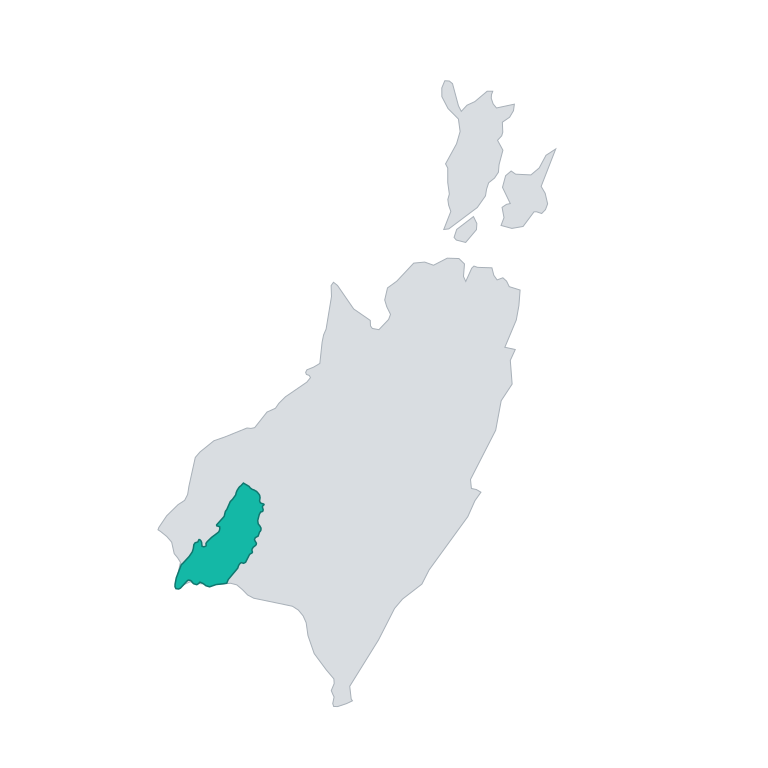 Estonia, with Põlva highlighted, rotated 117°
{"feature_id": "EST-2347", "entity_name": "Põlva", "entity_type": "County", "adm_level": 1, "iso_a3": "EST", "parent_name": "Estonia", "parent_adm1": "", "projection": "robinson", "projection_center": [27.097, 58.038], "detail": "fine", "context": "in_parent", "style": "filled", "palette": "teal", "viewbox_px": 768, "rotation_deg": 117, "n_neighbors": 0, "source": "natural_earth", "source_scale": "10m", "svg_char_len": 4107}
<svg xmlns="http://www.w3.org/2000/svg" viewBox="0 0 768 768"><g transform="rotate(117 384 384)"><path d="M616.5,519.2L614.0,519.5L600.1,517.8L584.9,512.7L578.2,508.8L571.6,508.8L563.6,511.4L535.1,518.8L528.1,517.1L511.8,509.8L503.6,501.9L485.4,486.1L484.0,482.4L481.6,479.4L462.1,475.5L454.9,469.7L448.9,468.9L440.1,466.0L417.4,453.6L411.7,452.4L410.3,454.5L410.7,457.5L409.2,459.1L406.3,459.1L401.1,454.5L394.8,450.5L374.9,458.1L367.7,460.1L361.4,460.5L329.9,470.5L320.3,475.8L316.3,475.2L317.3,470.2L330.9,445.1L333.6,425.1L338.4,422.4L339.8,419.6L337.9,413.2L324.4,409.2L319.0,409.8L313.9,416.6L308.8,421.5L296.8,424.5L286.6,419.3L262.8,412.4L256.9,403.1L255.7,393.8L243.2,384.8L238.2,374.2L240.5,366.8L252.1,362.0L255.5,357.7L241.0,358.4L238.1,357.4L237.6,353.6L231.5,340.6L237.3,335.5L239.9,330.5L235.4,326.3L236.7,321.5L240.4,316.6L238.5,305.4L252.9,299.4L266.9,295.2L296.4,293.0L293.7,282.7L305.6,282.2L325.9,269.8L345.7,272.0L374.5,263.5L429.8,263.6L437.4,258.7L436.1,253.8L436.4,248.5L446.7,250.0L464.1,249.1L529.1,259.4L545.1,259.4L567.3,269.9L579.2,272.7L614.5,272.7L668.9,277.3L679.6,270.2L680.6,268.3L685.8,272.3L692.4,278.8L694.2,282.4L692.0,284.6L685.5,286.4L684.0,288.4L681.1,291.8L673.5,292.4L669.5,294.8L664.9,305.7L655.9,323.8L642.7,337.5L632.0,345.0L627.3,350.8L624.3,357.7L623.6,364.7L634.0,402.8L633.9,409.7L631.5,416.8L629.8,424.0L631.2,430.3L638.0,440.9L645.3,456.9L648.3,467.0L653.1,470.8L657.7,473.5L658.7,475.2L658.6,477.0L656.2,479.0L635.3,484.4L632.6,488.9L630.4,493.9L621.3,501.4L618.5,508.3L616.8,516.3L616.5,519.2ZM150.3,379.0L157.2,382.1L163.7,381.1L170.3,379.0L184.4,381.0L216.4,396.7L219.2,400.9L199.9,402.8L195.3,407.6L190.6,410.9L185.1,412.0L175.5,418.7L162.7,425.2L159.9,429.1L137.1,428.4L124.5,430.8L114.1,438.0L109.5,452.0L101.7,462.9L94.0,466.9L86.2,467.5L84.4,463.4L85.3,459.3L102.4,443.9L106.0,438.9L97.9,436.6L91.2,431.3L76.3,425.0L73.8,420.0L77.4,419.6L80.7,418.2L84.9,413.9L87.0,409.1L75.5,394.9L81.7,392.7L89.3,393.2L97.0,397.4L105.7,392.5L109.4,391.8L115.3,393.5L121.7,384.2L136.2,381.1L143.4,378.2L150.3,379.0ZM181.3,352.6L173.0,359.0L168.3,356.4L165.9,353.4L155.0,367.7L143.2,370.2L136.5,367.4L137.3,362.0L131.0,348.0L121.0,343.8L106.7,343.5L96.6,337.7L136.6,333.7L140.9,327.0L149.2,320.0L155.3,319.3L160.5,320.9L161.3,326.3L162.5,328.5L180.5,331.6L187.3,340.7L189.6,351.7L181.3,352.6ZM221.6,388.1L213.3,389.4L194.2,380.3L198.9,374.1L204.5,371.7L220.8,375.5L222.9,384.9L221.6,388.1Z" fill="#d9dde1" stroke="#a8b0b8" stroke-width="1"/><path d="M632.9,433.7L635.0,436.6L638.9,442.5L643.9,447.3L644.6,451.1L643.9,454.4L644.1,458.1L646.0,458.6L647.8,459.7L648.4,462.8L648.0,464.4L647.2,465.8L646.9,467.3L647.4,469.1L648.2,469.8L658.3,472.7L659.9,473.9L660.8,476.5L659.5,478.2L657.2,479.3L651.0,481.1L636.7,482.6L635.7,482.0L626.1,479.3L620.6,478.6L617.2,479.2L613.4,480.5L611.2,480.2L609.6,478.5L609.0,478.1L608.2,478.2L607.3,478.3L606.6,478.2L606.3,477.5L606.9,475.8L607.9,474.6L611.2,472.5L610.9,470.6L609.4,469.2L608.7,469.1L608.0,469.4L607.6,469.9L607.0,470.2L606.0,470.2L604.5,469.9L598.9,468.0L592.6,464.9L591.0,464.2L590.1,464.1L589.0,464.2L587.2,464.7L585.8,465.6L586.3,468.7L585.5,469.2L574.5,466.3L571.7,467.0L569.4,467.5L567.2,467.1L558.5,467.6L555.4,466.6L550.2,465.8L547.8,466.4L545.4,466.6L542.4,466.3L540.9,466.0L539.9,465.4L536.1,464.3L536.5,457.7L537.3,456.1L537.7,453.8L537.4,451.3L537.6,449.9L537.5,448.9L538.6,446.1L539.3,444.8L539.6,444.3L541.6,442.8L544.4,441.9L545.1,441.4L545.9,440.2L546.0,439.2L545.8,438.0L545.6,437.0L545.7,436.3L546.1,436.1L547.6,436.7L548.6,436.6L549.5,435.9L550.7,434.7L551.8,434.3L552.6,434.3L553.7,435.3L554.0,435.8L556.9,435.9L563.1,434.5L565.8,432.5L566.7,430.4L568.2,428.2L569.4,427.6L570.4,427.3L571.5,427.4L572.2,427.7L576.7,427.1L579.3,428.9L581.3,428.8L581.6,428.6L582.2,427.9L583.8,425.4L585.0,425.0L586.0,425.1L588.8,426.4L590.8,426.6L592.0,426.3L593.5,424.9L594.3,424.9L594.7,425.0L595.4,425.6L596.9,426.4L605.7,426.4L607.5,427.7L607.9,430.0L608.8,430.6L609.8,430.9L610.9,431.1L611.9,431.1L612.8,431.0L614.4,430.7L628.9,434.0L632.9,433.7Z" fill="#14b8a6" stroke="#0f766e" stroke-width="1.5"/></g></svg>